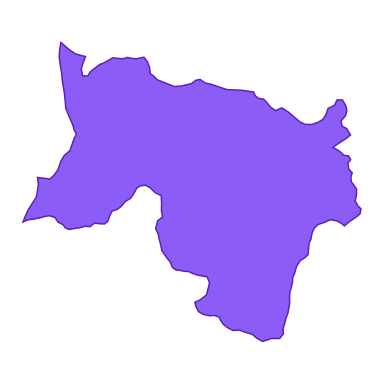 the district of Caibaté, Rio Grande do Sul, Brazil
{"feature_id": "56859067B53289402005788", "entity_name": "Caibaté", "entity_type": "district", "adm_level": 2, "iso_a3": "BRA", "parent_name": "Brazil", "parent_adm1": "Rio Grande do Sul", "projection": "orthographic", "projection_center": [-54.66, -28.343], "detail": "fine", "context": "isolated", "style": "filled", "palette": "violet", "viewbox_px": 384, "rotation_deg": 0, "n_neighbors": 0, "source": "geoboundaries", "source_scale": "gbopen_adm2", "svg_char_len": 2651}
<svg xmlns="http://www.w3.org/2000/svg" viewBox="0 0 384 384"><path d="M300.0,122.0L288.4,112.1L281.8,107.9L275.6,110.6L270.7,107.2L267.1,102.8L263.7,99.1L258.9,98.5L255.5,96.0L253.4,91.9L240.8,90.2L227.1,89.6L222.8,88.2L217.1,86.3L211.2,84.3L205.5,83.1L200.1,79.5L195.9,80.2L191.5,83.6L181.3,86.0L174.2,86.5L160.8,81.2L157.1,79.7L154.1,76.5L150.2,73.4L149.6,67.6L147.5,61.9L144.0,57.2L140.1,58.0L136.3,58.8L131.4,58.3L127.1,57.4L123.0,58.8L117.7,58.3L112.7,57.8L108.7,60.2L104.4,62.7L99.7,64.5L95.6,67.6L90.3,71.7L87.8,76.0L82.6,75.7L81.3,69.3L82.3,65.0L85.5,56.6L75.7,54.0L69.1,49.6L60.9,42.5L59.6,50.1L59.2,56.7L60.3,65.4L61.6,72.9L62.4,81.3L63.3,86.6L64.4,93.1L65.3,102.3L65.7,108.2L68.3,114.5L70.5,119.6L72.8,125.0L74.2,130.0L76.4,134.0L74.1,138.6L70.0,150.5L64.4,155.3L61.0,160.9L58.0,169.6L54.0,175.2L49.9,179.1L43.5,178.2L37.5,177.4L38.4,184.2L37.3,192.1L36.3,197.2L33.9,200.8L31.1,205.2L27.7,210.8L25.0,216.9L23.0,221.9L28.1,219.8L34.1,219.0L40.0,217.8L45.0,216.4L49.4,215.7L55.1,217.5L58.1,222.2L63.0,224.6L65.5,228.0L69.2,229.5L75.0,228.4L81.0,227.5L84.9,226.2L90.0,226.7L94.6,223.1L99.1,223.7L104.5,224.0L107.7,221.4L109.6,216.4L111.9,211.2L117.5,209.3L121.2,206.3L125.0,201.8L130.8,198.1L133.8,193.6L136.8,188.0L140.4,185.9L145.3,185.2L150.0,187.6L155.2,192.7L161.2,195.6L161.6,203.5L161.4,210.5L162.6,217.0L157.7,220.7L155.6,228.5L158.2,234.1L159.5,240.4L160.7,244.7L161.8,250.5L166.0,256.7L170.2,262.0L172.3,267.3L176.0,270.0L180.5,270.5L184.3,271.3L188.4,271.5L192.2,273.2L196.6,274.9L202.3,276.0L207.1,276.8L209.5,282.6L208.4,287.3L206.4,295.0L200.0,299.9L194.8,302.3L196.0,306.7L198.5,311.6L203.7,314.5L209.3,315.7L214.4,315.5L218.9,316.9L220.9,320.8L223.4,324.4L228.3,328.1L233.0,330.5L239.0,330.1L246.0,332.5L252.0,334.2L257.3,338.5L262.7,341.5L271.3,338.5L279.6,338.5L283.4,333.9L283.0,329.1L284.3,324.9L285.8,318.9L288.0,312.8L288.8,308.4L289.7,303.1L289.5,298.2L289.9,292.1L291.4,286.8L292.5,282.2L292.7,277.6L294.8,272.7L296.5,266.4L300.2,260.6L305.1,257.6L308.1,254.5L308.5,249.2L309.1,243.1L311.0,238.9L312.1,232.9L314.0,228.5L317.9,224.6L324.4,222.4L330.5,219.7L336.5,220.8L341.0,223.1L344.4,225.9L349.2,221.7L355.4,217.6L360.0,213.9L361.0,208.9L358.0,205.9L355.2,201.0L356.6,194.0L356.5,188.9L353.7,185.0L351.3,181.6L350.9,177.0L352.2,172.9L348.8,169.0L347.9,163.2L350.7,159.7L348.6,155.9L343.9,155.3L339.3,151.0L332.8,147.4L336.4,144.9L341.4,141.5L345.6,138.9L350.5,134.9L346.6,128.6L341.9,125.9L341.1,120.9L345.6,115.5L346.9,110.4L345.6,105.2L342.4,99.9L337.1,99.9L334.5,105.3L328.1,108.4L325.9,114.7L322.9,119.4L317.6,122.5L311.8,124.4L305.3,124.4L300.0,122.0Z" fill="#8b5cf6" stroke="#5b21b6" stroke-width="1.5"/></svg>